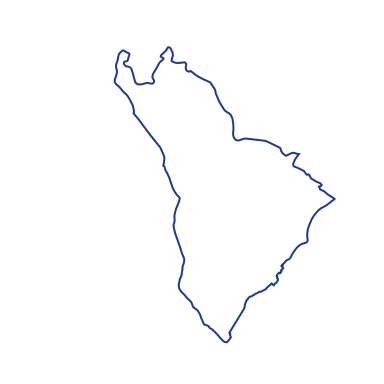 Pho Si Suwan, Si Sa Ket, Thailand, rotated 28°
{"feature_id": "78962969B41493060584817", "entity_name": "Pho Si Suwan", "entity_type": "district", "adm_level": 2, "iso_a3": "THA", "parent_name": "Thailand", "parent_adm1": "Si Sa Ket", "projection": "albers", "projection_center": [104.076, 15.228], "detail": "fine", "context": "isolated", "style": "outline", "palette": "blue", "viewbox_px": 384, "rotation_deg": 28, "n_neighbors": 0, "source": "geoboundaries", "source_scale": "gbopen_adm2", "svg_char_len": 5855}
<svg xmlns="http://www.w3.org/2000/svg" viewBox="0 0 384 384"><g transform="rotate(28 192 192)"><path d="M134.1,85.7L133.7,86.4L133.1,86.9L132.4,87.2L131.7,87.4L130.4,87.3L129.6,87.0L128.8,86.3L127.8,84.5L127.1,82.3L126.7,81.7L126.4,81.4L125.8,81.1L125.2,81.0L124.4,81.1L120.5,83.8L117.7,85.3L116.4,85.7L114.8,86.0L113.5,86.1L113.2,86.1L112.6,85.9L112.4,85.7L112.0,85.0L111.6,83.7L111.4,82.5L111.3,81.3L110.9,80.1L109.6,78.3L107.7,76.8L106.2,75.6L105.0,75.0L104.2,75.0L103.4,75.2L103.0,75.5L102.8,76.2L102.7,78.5L102.5,79.4L102.5,79.9L100.5,85.7L100.5,86.4L100.6,86.9L101.0,87.2L103.7,87.3L104.2,87.4L104.3,87.8L104.3,88.2L103.8,89.7L103.1,91.2L102.7,92.5L102.6,93.7L102.5,95.1L102.5,100.1L102.2,104.3L102.3,106.5L102.6,107.9L102.9,108.7L103.2,109.3L104.2,110.1L106.2,111.4L106.7,112.1L106.8,112.9L106.7,113.8L106.5,114.4L106.2,114.8L105.8,115.2L104.3,115.7L101.5,116.6L100.6,117.1L97.5,120.2L96.0,121.2L94.7,121.9L93.5,122.3L92.1,122.3L90.9,122.0L89.7,121.1L83.1,114.0L80.5,111.6L79.5,111.2L78.5,111.1L77.4,111.1L74.8,111.9L74.2,111.9L73.3,111.7L71.7,110.8L71.2,110.0L71.0,109.4L71.1,109.0L71.4,108.5L73.1,107.0L73.4,106.4L73.4,106.0L73.3,105.3L72.6,102.3L72.3,100.3L72.0,99.6L71.6,99.3L71.0,99.1L69.7,99.3L67.6,99.3L65.6,99.1L65.1,99.1L64.8,99.2L64.5,99.5L63.5,101.5L62.9,103.6L62.9,104.8L63.0,105.8L63.4,107.4L64.2,109.6L64.7,111.7L64.9,113.5L65.3,115.7L66.5,117.6L67.8,118.9L68.7,120.2L69.7,121.9L70.4,124.8L70.9,128.3L71.2,129.3L71.7,130.4L72.3,131.2L73.2,131.8L74.4,132.4L76.0,132.8L78.4,133.3L79.2,133.6L83.7,135.5L85.2,136.0L87.9,136.6L89.5,137.2L92.5,138.8L94.9,140.4L99.3,143.6L101.6,146.3L102.6,147.7L103.2,148.6L103.3,148.9L103.4,149.2L103.5,150.0L110.5,152.8L126.8,160.6L143.1,167.6L149.3,172.4L151.0,174.0L151.5,174.7L152.5,176.7L153.4,179.2L154.3,182.3L155.5,182.4L155.7,182.5L158.4,185.3L161.1,186.9L165.7,190.5L170.1,194.7L173.2,197.6L175.4,199.1L176.6,199.9L179.4,201.3L183.7,202.9L184.3,203.8L184.6,204.8L185.0,206.5L185.9,214.7L186.5,217.4L187.2,219.9L187.3,220.5L188.1,222.1L189.9,225.1L190.6,226.7L190.7,227.2L190.9,228.7L191.2,229.9L191.5,230.4L192.9,232.2L195.9,235.7L198.3,238.0L206.4,245.4L211.9,250.9L215.2,253.5L216.7,255.0L217.1,255.8L217.7,257.2L218.2,258.8L218.6,261.8L218.9,262.8L219.5,264.0L220.2,265.7L220.3,266.1L220.4,266.4L220.6,267.2L220.9,268.1L221.3,268.9L221.7,269.7L221.8,270.8L222.0,271.1L222.0,271.7L222.0,272.2L222.1,272.4L222.2,272.9L222.2,273.4L222.0,274.0L223.1,277.7L223.7,279.7L224.6,281.5L225.7,282.8L226.5,283.5L228.7,284.8L231.8,285.9L233.9,286.4L236.2,287.5L238.6,288.3L240.9,288.8L242.6,289.5L243.8,290.1L245.4,291.6L247.0,293.0L247.7,293.2L249.5,293.4L251.7,293.7L252.9,294.1L256.5,296.3L259.6,299.2L264.8,303.3L267.1,302.9L269.2,302.7L270.1,302.9L271.0,303.6L272.6,303.8L274.2,303.8L275.4,304.2L278.5,305.0L283.6,306.8L285.2,307.6L287.3,308.2L289.2,308.9L290.3,309.0L291.6,309.0L292.6,308.6L293.3,308.3L293.6,307.5L293.9,306.3L294.2,304.9L294.5,302.3L294.1,301.5L294.0,301.4L293.0,300.9L292.9,300.8L292.8,300.4L292.4,300.0L292.4,299.9L292.4,299.2L291.1,298.8L291.1,297.9L292.8,269.9L291.7,266.9L291.5,266.1L291.4,265.3L291.3,263.2L291.0,262.6L291.1,261.5L291.4,260.9L291.6,259.9L291.6,259.2L291.5,258.7L292.0,258.0L292.3,257.4L292.5,257.2L293.7,255.9L294.1,255.3L294.5,254.3L295.1,253.8L295.4,252.9L296.0,251.8L296.4,251.4L296.8,251.1L298.4,248.3L298.7,248.0L299.6,247.8L300.1,247.4L300.2,247.2L300.7,246.0L302.7,243.5L302.8,242.4L303.1,241.7L303.3,240.7L303.7,239.6L304.1,238.7L304.4,238.0L304.7,236.7L305.2,235.4L305.3,235.3L307.8,236.1L308.0,236.1L308.1,235.9L308.0,235.0L308.2,234.0L308.8,233.0L309.0,232.4L309.2,231.4L309.2,230.7L309.3,229.5L309.2,229.4L308.9,229.2L308.8,228.5L308.7,228.4L308.3,228.3L307.4,228.0L307.3,227.6L307.1,226.7L306.2,226.5L306.1,226.4L306.2,225.5L306.1,225.1L306.4,223.6L306.7,222.4L306.8,222.3L307.6,222.5L307.8,222.5L307.9,222.4L308.1,221.8L308.1,221.4L308.3,220.7L308.2,219.9L307.5,219.6L307.4,219.4L307.6,219.1L307.8,218.3L308.0,217.7L308.3,216.5L308.2,216.5L307.7,216.6L307.4,216.4L307.2,215.6L306.8,215.5L306.3,215.2L305.9,215.3L305.7,215.3L305.7,215.2L306.0,214.9L306.2,214.7L306.2,214.4L306.4,214.1L306.5,214.0L306.5,213.9L306.4,213.8L305.9,213.7L307.0,210.8L307.0,209.5L307.1,209.2L307.3,208.7L307.8,207.6L308.0,207.2L308.7,206.5L309.2,205.7L309.6,204.7L309.7,204.1L309.8,203.1L309.7,199.0L309.9,196.6L310.3,194.3L310.8,191.7L311.9,188.7L312.7,187.2L313.9,185.8L316.2,183.4L316.7,182.8L316.9,182.3L317.0,181.8L317.0,181.0L316.9,180.3L315.6,178.7L313.5,175.2L312.2,171.8L311.7,170.3L311.3,168.2L310.5,160.2L310.6,156.8L311.1,153.5L312.2,149.0L313.5,145.9L316.4,141.5L318.6,137.1L319.4,134.8L320.1,133.7L320.7,132.2L321.1,131.2L318.2,130.8L313.2,130.4L312.4,130.3L308.7,129.4L304.9,129.5L303.7,129.4L303.3,129.0L303.0,128.6L301.8,127.9L301.6,127.8L301.6,127.6L303.0,126.1L303.3,125.0L303.1,124.8L302.1,124.5L301.3,124.1L300.0,124.2L297.3,124.4L292.5,124.2L290.8,124.1L289.9,123.6L289.1,122.9L288.6,122.6L286.8,121.7L286.6,121.7L286.5,121.8L285.5,122.8L285.2,122.9L281.2,121.0L280.6,120.9L276.9,121.0L273.6,121.1L270.6,121.5L269.9,121.5L269.1,121.2L268.7,120.7L268.1,119.5L267.8,115.9L267.8,113.5L268.4,109.5L268.6,108.3L266.2,109.1L264.5,109.4L263.3,109.8L262.6,110.0L262.3,110.2L258.8,114.7L258.4,115.5L258.2,115.7L257.9,115.8L257.1,115.8L255.5,115.6L254.1,115.3L252.8,114.8L251.4,113.8L249.7,112.1L249.3,111.8L247.4,111.7L235.0,112.2L233.4,112.2L225.7,115.1L214.8,119.4L213.1,120.3L209.2,124.4L208.7,124.8L206.7,125.4L205.7,125.3L204.3,124.8L202.8,123.7L201.5,122.3L200.1,119.6L199.2,117.1L195.9,111.7L193.3,108.3L192.3,107.4L190.0,105.7L187.6,105.1L186.6,105.1L185.2,105.0L182.9,104.7L181.0,103.8L178.1,102.1L175.5,100.6L174.0,99.7L166.9,94.0L165.1,91.7L164.0,90.7L162.3,89.6L160.2,88.6L159.4,88.1L156.9,86.8L154.9,86.7L149.9,87.1L143.8,87.2L141.7,87.1L139.2,86.7L137.5,86.4L135.3,86.0L134.1,85.7Z" fill="none" stroke="#1e3a8a" stroke-width="2"/></g></svg>